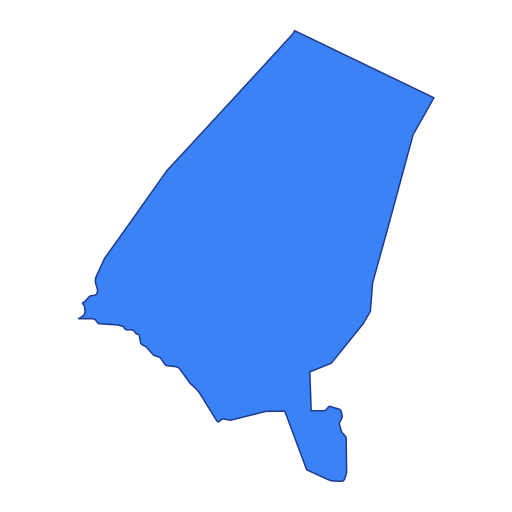 map outline of Kanem (Albers equal-area conic projection)
{"feature_id": "TCD-1465", "entity_name": "Kanem", "entity_type": "Prefecture", "adm_level": 1, "iso_a3": "TCD", "parent_name": "Chad", "parent_adm1": "", "projection": "albers", "projection_center": [14.708, 15.037], "detail": "fine", "context": "isolated", "style": "filled", "palette": "blue", "viewbox_px": 512, "rotation_deg": 0, "n_neighbors": 0, "source": "natural_earth", "source_scale": "10m", "svg_char_len": 2126}
<svg xmlns="http://www.w3.org/2000/svg" viewBox="0 0 512 512"><path d="M78.1,318.5L80.0,318.1L84.0,314.9L84.9,312.7L85.0,310.4L84.3,305.8L83.9,305.1L82.7,303.9L82.5,303.3L82.9,302.7L85.2,301.1L89.0,296.9L90.1,296.0L92.5,295.5L94.7,295.3L96.5,294.4L97.5,291.5L97.4,289.1L95.8,283.9L95.3,281.5L95.5,278.9L96.1,276.6L97.9,272.8L101.7,264.6L104.7,258.1L108.1,253.4L111.6,248.5L115.1,243.6L118.6,238.7L122.1,233.8L125.6,228.9L129.1,224.0L132.6,219.1L136.1,214.2L139.5,209.3L143.0,204.3L146.5,199.4L150.0,194.5L153.5,189.6L156.9,184.7L160.4,179.8L163.9,174.9L167.2,170.2L173.6,163.4L180.4,156.0L184.9,151.2L191.4,144.2L197.9,137.1L204.4,130.1L210.9,123.0L217.4,116.0L223.9,108.9L230.4,101.9L236.9,94.9L243.3,87.8L249.8,80.8L256.3,73.7L262.8,66.7L269.2,59.6L275.7,52.6L282.2,45.5L288.6,38.5L292.5,34.2L294.0,32.0L294.4,30.7L296.3,31.5L433.9,97.8L413.1,134.7L387.7,228.5L372.6,282.8L370.4,311.2L363.3,323.6L331.3,363.2L309.8,371.9L311.2,410.8L324.7,410.7L325.4,410.4L325.9,410.0L328.5,406.8L328.9,406.5L329.6,406.4L330.3,406.4L331.6,406.8L334.1,407.7L336.8,408.4L339.4,409.3L340.1,409.7L340.7,410.3L341.3,411.8L341.7,413.5L342.2,416.3L342.2,417.1L341.6,418.6L339.5,422.4L339.3,423.2L339.3,424.1L340.6,428.2L340.9,429.8L341.5,431.5L341.7,432.1L342.8,433.4L345.3,436.0L346.0,437.0L346.2,438.7L346.6,471.4L346.2,474.3L344.7,479.0L343.3,480.9L340.5,481.3L332.1,480.9L328.2,479.7L306.7,469.8L284.8,411.2L265.8,411.4L230.9,420.1L230.0,420.2L224.2,419.0L223.3,419.0L222.0,419.2L219.2,421.4L218.0,421.9L216.9,421.0L199.1,392.3L195.8,388.5L191.2,384.4L189.8,382.9L179.6,368.7L178.7,367.9L178.0,367.5L176.8,367.0L175.5,366.6L167.7,365.8L166.8,365.6L165.5,365.0L164.3,363.7L161.1,358.8L159.7,357.3L154.4,355.6L152.8,354.3L146.0,346.8L142.1,344.7L141.3,344.1L140.8,343.4L140.3,341.6L139.5,336.4L139.3,335.6L138.7,334.6L138.1,334.2L137.3,334.0L136.6,334.1L136.1,333.8L134.1,331.0L133.2,330.4L132.5,330.1L131.0,329.9L126.9,329.8L125.9,329.6L125.3,329.2L124.8,328.8L123.4,326.6L118.1,325.0L98.8,323.7L97.9,323.1L97.1,322.2L96.0,320.5L94.5,319.2L93.0,318.9L91.4,318.7L79.0,318.7L78.1,318.5Z" fill="#3b82f6" stroke="#1e3a8a" stroke-width="1.5"/></svg>